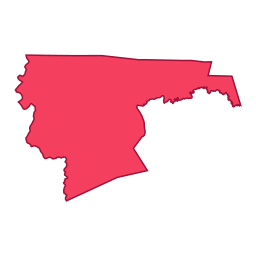 Itezhi-Tezhi, Southern, Zambia (Mercator projection)
{"feature_id": "96606910B99117639697542", "entity_name": "Itezhi-Tezhi", "entity_type": "district", "adm_level": 2, "iso_a3": "ZMB", "parent_name": "Zambia", "parent_adm1": "Southern", "projection": "mercator", "projection_center": [26.535, -15.924], "detail": "fine", "context": "isolated", "style": "filled", "palette": "rose", "viewbox_px": 256, "rotation_deg": 0, "n_neighbors": 0, "source": "geoboundaries", "source_scale": "gbopen_adm2", "svg_char_len": 5638}
<svg xmlns="http://www.w3.org/2000/svg" viewBox="0 0 256 256"><path d="M240.6,105.1L231.9,76.2L208.1,75.6L211.5,61.8L204.4,62.0L191.4,60.5L182.4,60.5L143.8,59.7L139.1,59.8L101.6,55.6L73.9,55.7L46.2,55.4L26.1,55.1L26.4,57.1L27.3,58.9L28.6,60.7L28.8,61.2L28.9,61.9L28.7,62.3L28.0,63.2L26.5,64.3L25.7,65.1L25.3,65.7L24.8,67.0L25.8,68.5L26.2,69.7L26.0,70.6L25.6,71.1L25.3,72.3L25.0,74.0L23.1,76.1L22.7,76.3L21.9,75.9L21.1,75.8L20.9,75.6L20.5,75.5L20.2,75.3L19.8,75.3L18.6,76.2L17.7,77.2L18.3,78.8L18.7,79.3L19.5,80.1L22.3,81.7L22.6,81.9L22.6,82.1L22.2,82.6L21.3,83.3L19.8,85.0L19.4,85.1L18.6,86.0L17.4,87.5L15.4,89.9L15.4,90.1L16.2,90.7L16.4,91.0L16.2,91.7L16.5,92.0L18.4,92.4L20.1,93.1L21.1,94.1L21.7,95.1L22.4,96.7L22.3,98.4L21.9,99.5L18.3,102.0L19.7,103.3L21.1,105.0L23.2,108.6L23.5,108.9L24.3,109.2L25.2,109.1L25.8,109.0L26.5,108.6L28.8,106.7L30.4,104.1L30.8,103.7L31.2,103.6L31.6,103.7L32.0,104.0L35.2,106.8L35.2,107.1L35.1,108.4L35.5,110.2L35.3,110.7L34.9,111.1L34.5,111.7L33.9,113.1L34.1,113.5L33.6,114.7L33.5,115.8L33.5,116.8L34.0,117.9L34.1,119.0L33.5,120.6L32.7,121.7L32.7,122.3L32.0,123.3L30.8,125.5L30.3,126.1L29.7,127.9L29.7,128.6L30.2,130.9L30.0,131.5L28.5,133.4L27.8,135.3L25.9,138.2L26.1,139.6L26.9,142.2L27.6,143.0L29.6,143.8L30.9,145.3L31.1,146.4L31.4,146.6L31.7,146.6L33.8,145.8L34.4,145.8L35.3,146.0L37.0,146.7L38.9,147.9L39.3,148.3L40.1,149.8L40.6,151.4L42.5,153.7L42.9,154.4L43.4,156.5L44.0,157.4L45.1,158.6L45.6,158.6L48.3,157.6L49.3,157.3L50.3,157.3L53.0,158.9L55.5,158.4L56.5,158.0L57.1,157.4L57.6,157.2L58.2,157.1L61.5,157.9L61.7,157.7L62.9,157.2L64.7,157.1L65.1,157.2L65.6,157.6L66.4,159.1L66.5,159.8L65.5,161.1L65.2,161.7L65.3,162.2L66.4,162.9L66.7,163.4L66.6,165.9L65.9,167.3L64.6,168.6L64.1,169.4L64.0,170.3L64.3,170.9L64.9,171.9L65.1,171.8L65.5,172.0L65.5,172.5L65.1,173.2L64.8,173.6L64.6,174.7L64.7,175.1L66.2,176.1L66.4,176.5L67.2,177.3L67.5,177.3L67.6,177.8L67.1,178.3L66.2,178.8L65.2,178.8L65.0,179.7L64.6,180.3L64.7,181.1L64.9,181.7L64.3,182.2L63.9,182.3L63.6,182.7L63.9,183.2L63.8,183.5L64.4,184.1L64.7,184.1L65.0,184.3L65.2,184.6L65.3,185.0L65.2,185.9L64.2,188.0L63.7,190.7L63.9,192.7L64.1,193.2L64.6,193.1L65.2,194.1L65.5,194.4L66.0,194.8L66.8,195.1L66.7,195.6L65.8,196.9L65.5,197.9L65.5,199.1L66.4,200.9L117.2,177.4L147.4,170.6L145.1,166.9L133.4,148.4L135.5,145.4L142.2,136.6L143.1,136.3L144.2,135.4L144.6,134.5L145.1,132.5L145.1,130.9L144.9,130.5L144.3,126.5L144.2,123.0L143.5,119.9L142.7,118.5L142.5,117.6L142.0,116.2L141.1,114.6L139.6,111.9L138.8,110.6L137.7,109.2L136.9,107.5L136.5,106.8L136.7,106.3L137.0,106.2L137.5,105.3L137.8,105.2L140.4,105.7L141.4,105.7L142.5,106.0L143.2,105.9L144.1,105.4L144.0,105.1L143.6,104.8L143.7,104.5L144.1,104.2L145.0,104.4L145.4,104.4L147.0,102.8L147.0,102.5L146.6,102.1L146.6,101.9L146.8,101.5L147.8,100.9L149.0,100.7L149.2,100.4L149.3,100.0L149.7,99.5L152.1,98.9L154.0,99.2L154.5,99.2L155.3,98.8L156.9,97.8L159.1,97.7L159.7,97.5L160.7,97.0L162.0,95.9L162.7,95.7L163.0,95.7L163.4,95.9L164.1,97.5L164.1,98.8L163.6,100.8L163.9,102.5L164.1,102.9L164.5,103.1L165.5,102.2L167.4,101.5L168.7,99.9L169.1,99.5L169.7,99.4L170.3,99.5L170.8,99.9L171.0,100.9L170.7,101.7L170.8,102.0L172.0,102.2L172.4,102.6L172.6,103.3L173.0,103.4L173.2,103.0L173.4,102.0L173.8,101.6L174.1,101.5L174.7,101.7L175.1,101.2L175.1,100.3L174.5,99.5L174.6,99.1L174.7,98.9L174.8,98.9L175.9,99.6L176.9,101.0L177.2,101.2L177.7,101.0L177.9,100.6L177.9,100.3L177.0,98.4L177.2,97.9L177.6,97.7L178.1,97.9L178.1,98.3L178.0,99.1L178.2,99.6L178.8,100.0L179.9,100.2L180.8,100.0L181.5,99.6L182.7,98.9L183.0,98.4L183.6,98.5L184.1,98.9L184.5,98.9L186.4,98.1L187.6,98.2L188.3,98.5L189.4,98.2L190.5,98.3L191.1,98.2L191.4,98.1L192.0,97.7L192.1,96.9L191.6,95.4L190.8,94.1L190.9,93.6L190.1,93.3L189.9,93.1L189.8,92.5L190.0,92.3L190.4,92.3L191.0,92.6L191.4,93.1L191.9,93.4L192.0,93.2L191.8,92.7L191.8,92.3L192.0,92.1L192.4,92.1L193.0,92.9L193.3,92.9L193.9,92.5L194.1,92.0L193.9,91.7L193.1,91.5L192.9,91.1L193.6,90.1L194.1,89.7L194.9,89.4L196.0,89.4L197.2,88.7L197.8,88.8L198.0,88.0L198.2,87.8L198.6,87.8L199.2,88.4L199.5,88.5L199.8,88.3L200.1,87.6L200.4,87.5L201.1,87.5L201.9,87.3L202.3,87.4L202.9,87.8L203.3,88.3L203.8,88.5L204.0,88.3L204.1,88.0L203.9,87.1L204.2,86.9L204.6,87.1L204.9,87.9L205.1,88.1L205.9,87.8L206.6,87.2L206.8,87.2L207.0,87.6L206.5,88.6L206.5,89.1L206.7,89.4L207.3,89.7L207.5,90.1L207.5,90.4L207.3,90.9L207.6,91.2L207.9,91.8L207.6,92.5L208.7,92.9L209.1,93.5L209.9,93.0L210.1,92.6L210.7,91.8L210.7,91.0L210.9,90.8L211.4,90.7L212.2,90.9L212.8,90.7L213.3,91.3L214.2,91.0L215.3,91.2L216.9,89.6L217.3,89.6L217.7,89.7L218.3,90.6L219.3,90.5L219.7,90.7L219.9,90.9L219.6,91.6L219.7,92.6L219.8,92.7L220.4,92.4L220.8,92.5L221.1,93.2L221.4,93.4L222.0,93.5L222.5,94.0L223.1,93.8L223.2,94.0L223.2,94.5L223.3,94.6L223.9,94.4L224.3,94.0L224.8,93.8L225.1,93.5L225.5,93.4L225.7,92.6L226.1,92.4L226.7,93.8L227.0,94.0L227.8,94.2L227.7,95.1L227.9,95.9L228.3,96.2L229.0,96.4L228.6,97.0L228.0,97.4L228.0,97.7L228.6,98.3L228.1,99.0L228.1,99.3L228.5,100.0L228.8,100.2L229.0,100.1L229.5,99.7L229.9,99.7L230.1,100.2L230.6,100.4L230.6,100.8L231.2,101.0L231.3,101.4L231.6,101.7L231.2,102.3L231.2,102.5L231.4,102.5L231.9,102.3L232.1,102.3L232.1,102.6L231.6,103.0L232.6,103.3L232.5,103.7L232.0,103.8L231.9,104.0L232.4,104.9L233.0,105.3L232.6,106.1L232.6,106.3L233.8,106.8L233.9,106.7L234.0,106.2L234.5,106.4L234.7,106.0L235.3,105.6L235.7,105.4L236.4,105.5L236.6,105.3L236.6,104.9L236.9,104.7L237.1,104.9L237.2,105.3L237.5,105.6L237.9,105.3L238.3,105.3L238.6,104.9L238.9,105.0L239.1,105.6L239.4,105.9L239.7,105.7L239.7,104.7L239.8,104.6L240.0,104.5L240.3,104.9L240.6,105.1Z" fill="#f43f5e" stroke="#9f1239" stroke-width="1.5"/></svg>